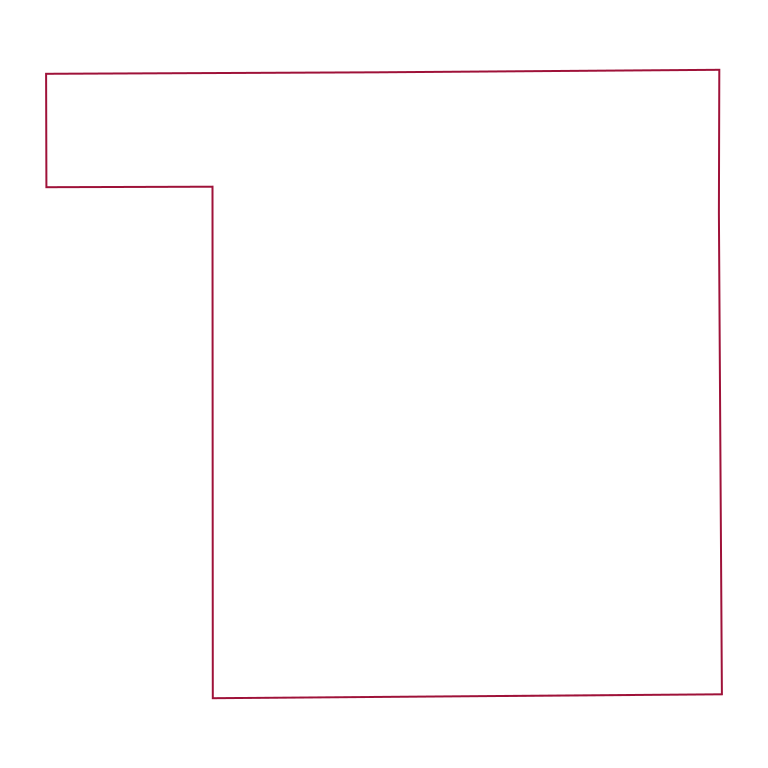 outline of Henry, Ohio, United States of America
{"feature_id": "52423323B76163857838554", "entity_name": "Henry", "entity_type": "district", "adm_level": 2, "iso_a3": "USA", "parent_name": "United States of America", "parent_adm1": "Ohio", "projection": "mercator", "projection_center": [-84.138, 41.327], "detail": "fine", "context": "isolated", "style": "outline", "palette": "rose", "viewbox_px": 768, "rotation_deg": 0, "n_neighbors": 0, "source": "geoboundaries", "source_scale": "gbopen_adm2", "svg_char_len": 229}
<svg xmlns="http://www.w3.org/2000/svg" viewBox="0 0 768 768"><path d="M46.4,187.2L212.5,186.7L212.8,698.2L721.9,694.3L718.9,212.8L719.3,69.8L379.1,72.3L46.1,73.8L46.4,187.2Z" fill="none" stroke="#9f1239" stroke-width="2"/></svg>